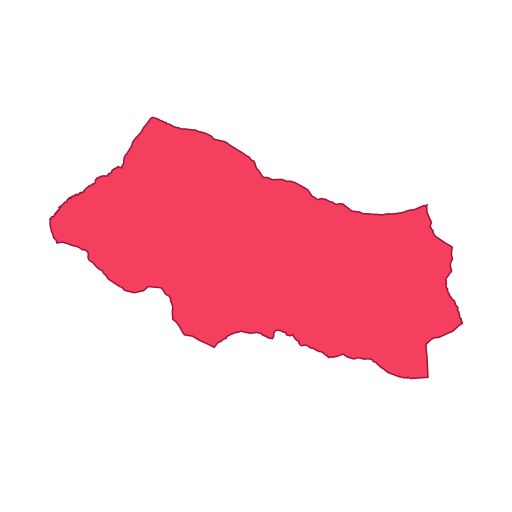 Sadova, Suceava, Romania (Natural Earth projection), rotated 346°
{"feature_id": "2599482B46935442887151", "entity_name": "Sadova", "entity_type": "district", "adm_level": 2, "iso_a3": "ROU", "parent_name": "Romania", "parent_adm1": "Suceava", "projection": "natural_earth1", "projection_center": [25.431, 47.58], "detail": "fine", "context": "isolated", "style": "filled", "palette": "rose", "viewbox_px": 512, "rotation_deg": 346, "n_neighbors": 0, "source": "geoboundaries", "source_scale": "gbopen_adm2", "svg_char_len": 6061}
<svg xmlns="http://www.w3.org/2000/svg" viewBox="0 0 512 512"><g transform="rotate(346 256 256)"><path d="M434.2,247.9L432.7,248.2L432.2,248.0L431.2,247.8L430.0,247.8L420.4,249.4L417.8,248.9L414.4,248.7L410.9,249.0L409.3,249.4L400.1,248.5L397.2,247.9L393.9,246.9L388.1,246.6L383.2,244.8L380.8,244.2L377.5,243.1L375.3,242.2L370.8,241.2L368.6,239.7L367.3,238.5L359.7,235.5L355.3,229.6L353.6,228.3L353.7,227.2L350.9,225.7L349.3,225.4L347.4,225.6L345.8,225.0L344.4,223.9L343.8,222.6L341.7,221.6L339.6,220.0L337.2,217.8L333.0,216.1L329.4,216.1L328.5,215.6L327.5,213.9L324.9,211.6L322.4,204.6L319.6,201.6L311.7,194.3L307.4,191.7L304.0,191.0L299.6,187.9L290.0,185.9L287.6,183.6L285.9,182.5L282.5,181.7L281.5,180.4L281.2,179.1L279.2,173.7L278.0,171.7L277.6,170.1L277.2,164.1L276.5,163.1L274.9,162.1L273.0,158.0L270.1,155.7L269.3,154.2L261.9,146.8L257.0,141.6L254.8,138.7L252.7,137.2L250.4,136.0L243.9,132.8L243.0,131.8L242.3,130.1L241.2,128.4L236.2,124.4L232.6,122.4L230.0,121.2L227.4,118.9L225.6,118.6L218.0,115.6L214.8,114.9L212.0,113.0L208.8,111.5L207.1,110.2L203.7,107.0L202.2,106.7L201.3,105.9L201.1,104.6L200.1,104.5L198.9,104.1L198.8,103.3L195.9,101.3L194.9,100.2L193.0,98.7L189.7,96.7L187.8,96.7L185.4,98.4L182.9,100.6L181.8,101.3L181.2,102.1L180.6,102.7L179.2,103.2L177.4,104.8L175.4,107.2L173.6,108.7L169.1,111.7L168.3,112.0L164.5,115.1L163.8,115.9L162.0,119.1L155.9,125.0L153.9,126.4L152.1,128.5L151.6,129.4L151.2,130.6L150.8,131.2L150.9,132.0L150.5,132.7L150.1,134.0L147.9,136.1L146.9,138.0L143.3,135.8L142.8,136.5L142.0,136.6L141.7,136.9L139.3,137.1L138.5,137.7L137.5,137.8L137.3,138.2L136.6,138.6L136.3,139.0L136.0,140.1L135.4,140.4L134.1,140.4L133.2,141.1L132.9,140.9L132.9,140.7L132.6,140.6L132.1,141.6L131.7,141.9L131.4,142.3L129.2,142.0L128.7,141.7L127.9,141.5L125.3,141.1L124.7,141.4L123.2,141.5L122.7,141.9L122.1,141.8L121.4,141.9L120.8,141.7L120.6,141.8L120.3,142.6L119.2,143.0L118.6,143.6L117.9,145.7L116.9,146.6L116.3,146.8L115.1,146.6L113.1,147.6L112.2,147.4L110.9,147.6L110.1,148.3L109.5,148.3L108.9,148.9L107.9,149.1L106.8,149.9L106.2,150.1L105.5,150.7L104.8,151.0L104.6,151.5L104.0,151.7L103.5,152.5L103.0,152.6L102.5,152.3L101.9,152.4L101.5,151.9L101.2,151.9L100.2,152.2L99.9,153.1L99.0,153.2L98.3,153.6L98.1,153.5L97.8,153.0L97.0,152.7L96.7,152.8L96.7,153.4L96.1,153.2L95.6,152.9L95.2,153.0L95.1,153.6L94.6,153.5L93.7,153.8L92.9,153.5L92.6,153.6L92.0,153.5L91.9,153.7L92.0,154.2L90.8,154.2L90.7,154.7L90.8,155.1L90.5,155.3L90.3,155.2L89.9,154.4L88.8,154.3L88.4,154.7L88.2,155.2L87.9,155.5L87.0,155.5L86.2,156.1L86.0,156.3L85.9,156.9L85.5,157.2L85.3,157.8L85.0,157.9L84.6,158.0L83.7,157.5L83.1,157.6L82.7,157.9L82.6,158.3L82.1,158.5L81.8,159.0L80.7,159.5L79.3,159.9L79.2,160.5L78.5,160.6L78.3,160.7L78.2,161.2L77.9,161.2L77.2,160.7L76.9,160.8L76.7,161.2L76.9,161.9L76.9,162.4L76.2,162.9L76.1,163.8L75.6,164.0L75.2,164.0L74.7,163.7L74.4,163.8L74.2,164.5L73.2,165.1L73.2,165.8L73.0,166.1L71.8,165.8L71.5,165.9L71.6,166.6L70.2,167.4L69.4,169.0L69.1,169.0L68.3,168.7L67.3,168.6L66.9,169.2L65.4,169.9L64.8,170.5L65.0,171.2L64.9,172.5L64.1,174.2L64.1,175.3L63.7,176.4L63.5,182.4L64.2,186.1L64.0,188.0L64.2,189.6L65.1,190.7L65.9,192.2L66.0,195.3L70.0,195.5L72.0,195.9L74.9,197.8L76.3,198.3L76.7,198.6L77.2,199.3L81.4,202.0L84.1,203.2L86.6,205.1L88.7,207.5L89.7,208.2L92.3,209.1L92.7,209.7L94.0,212.9L92.6,216.9L93.2,219.9L96.1,222.9L98.7,228.1L100.9,231.2L103.4,233.1L103.8,235.6L105.8,238.7L107.1,242.6L116.4,252.7L117.6,253.4L118.7,254.4L119.6,256.6L120.5,257.7L129.0,262.2L138.5,262.4L144.0,259.6L155.6,263.6L156.6,264.6L157.5,266.3L157.7,267.0L158.2,268.3L158.9,270.8L159.2,271.4L161.0,272.9L162.3,274.3L162.7,276.6L162.2,278.9L162.7,281.2L162.9,283.9L162.8,285.9L161.8,288.3L161.1,291.0L159.9,297.3L162.7,300.8L164.4,305.0L166.3,312.2L167.5,315.2L175.0,318.4L180.7,324.1L187.9,329.8L193.4,334.5L198.0,330.9L201.5,330.3L203.2,329.3L204.6,328.9L207.5,328.5L207.7,327.4L209.4,326.7L212.7,326.0L217.6,325.3L221.2,325.6L222.8,325.2L223.8,325.4L225.2,326.5L231.7,329.5L233.3,329.8L234.7,329.8L236.1,330.2L237.9,330.2L238.3,330.4L242.5,332.7L243.5,334.6L244.9,335.3L245.2,335.7L245.7,336.1L246.2,336.1L246.4,336.3L247.8,338.2L251.9,340.2L254.0,337.8L254.2,336.3L255.0,334.7L256.1,333.5L257.0,333.1L258.0,333.0L261.9,334.3L262.3,334.8L264.3,336.6L266.3,337.1L266.5,339.8L267.7,340.6L270.3,341.8L271.8,341.3L273.0,341.6L273.1,343.5L273.9,345.6L275.1,347.6L276.8,349.2L276.6,351.3L278.2,354.0L281.3,354.2L283.2,354.6L284.5,355.7L286.0,357.6L286.1,358.0L289.6,359.8L292.0,362.3L294.4,364.1L296.3,364.7L298.5,367.3L299.9,369.3L300.9,370.1L301.8,372.1L304.7,372.1L305.8,372.8L308.2,372.8L310.9,373.0L313.0,372.6L316.6,372.2L317.7,373.1L319.4,375.3L320.8,376.4L323.6,378.0L324.8,378.9L326.4,379.6L329.5,379.4L331.0,379.6L332.8,380.4L335.3,382.0L337.1,382.4L339.1,382.7L341.7,383.5L344.0,385.1L344.1,386.2L344.8,387.3L345.9,387.6L346.4,387.9L347.1,388.9L347.6,390.2L349.4,392.7L350.1,394.1L352.5,396.4L354.4,399.2L354.7,399.4L355.6,400.8L366.7,408.4L367.2,408.3L368.6,408.9L369.4,409.4L369.7,409.9L371.8,410.3L373.5,411.0L374.2,410.4L375.2,411.5L377.0,412.4L393.5,415.3L397.1,397.4L397.2,396.4L397.7,394.6L398.1,390.7L398.7,386.8L399.7,382.8L405.7,379.4L409.4,378.4L412.0,379.0L414.4,379.1L423.9,377.3L428.5,376.7L435.8,372.7L439.8,371.3L439.8,370.4L440.0,370.4L439.9,369.4L439.4,368.0L439.8,366.9L439.9,366.4L438.9,365.3L438.8,364.8L439.1,363.3L439.1,361.3L439.3,359.8L439.0,358.6L438.5,358.1L438.4,357.4L438.8,356.3L439.4,355.5L439.4,355.1L439.1,354.0L437.9,351.8L437.8,350.1L437.8,348.6L437.7,347.6L437.4,347.0L436.5,346.5L434.9,342.5L434.2,341.0L434.3,339.8L434.1,338.9L433.5,337.2L433.5,336.0L433.9,334.3L433.7,333.6L433.2,333.0L433.0,331.4L433.9,329.4L433.9,328.4L434.3,327.5L434.5,326.0L434.5,324.9L434.9,323.9L438.0,321.4L439.8,319.6L442.0,318.3L442.2,315.9L442.1,312.1L443.3,309.6L446.0,306.3L446.0,301.5L448.5,294.7L442.6,288.9L435.3,280.8L434.5,279.6L433.5,276.7L433.9,274.0L432.8,272.6L432.2,268.8L434.3,266.1L433.9,262.8L433.3,260.1L432.5,255.0L433.6,249.4L433.3,249.3L434.2,247.9Z" fill="#f43f5e" stroke="#9f1239" stroke-width="1.5"/></g></svg>